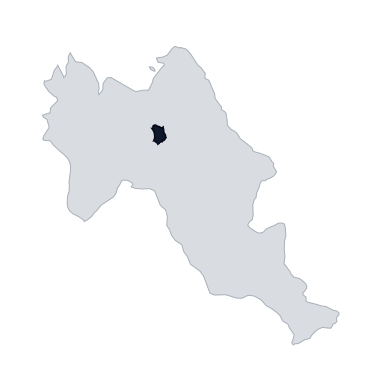 Tokchon City, P'yŏngan-namdo, North Korea (highlighted), rotated 95°
{"feature_id": "82179303B91694454499505", "entity_name": "Tokchon City", "entity_type": "district", "adm_level": 2, "iso_a3": "PRK", "parent_name": "North Korea", "parent_adm1": "P'yŏngan-namdo", "projection": "mercator", "projection_center": [126.309, 39.767], "detail": "fine", "context": "in_parent", "style": "filled", "palette": "ink", "viewbox_px": 384, "rotation_deg": 95, "n_neighbors": 0, "source": "geoboundaries", "source_scale": "gbopen_adm2", "svg_char_len": 4034}
<svg xmlns="http://www.w3.org/2000/svg" viewBox="0 0 384 384"><g transform="rotate(95 192 192)"><path d="M230.8,296.9L229.2,297.8L226.5,302.7L223.9,308.9L221.5,312.2L218.6,314.1L215.6,315.2L209.5,315.6L204.1,315.2L202.3,314.5L194.8,314.9L192.7,315.4L181.9,314.9L176.2,315.4L172.6,316.6L169.0,319.1L165.8,322.8L163.1,326.8L157.4,334.1L153.4,337.7L153.4,342.8L153.3,344.4L152.0,345.4L151.5,345.0L149.2,344.6L140.0,339.9L132.4,342.8L130.5,346.5L128.5,347.7L125.5,340.4L120.6,340.2L112.8,333.8L109.4,335.1L108.6,337.7L104.3,343.5L98.3,348.4L96.4,349.0L94.1,348.7L94.5,347.4L92.0,341.9L82.6,339.7L79.2,337.4L77.4,336.9L86.7,330.8L89.1,329.7L87.3,328.2L85.3,327.5L77.7,328.4L73.7,326.4L68.0,327.1L63.9,325.5L72.3,319.5L72.6,315.9L72.5,313.2L76.8,305.2L81.0,300.8L92.0,294.5L96.8,293.6L100.2,293.9L103.1,293.3L100.1,290.9L97.2,289.8L91.5,290.0L85.6,286.4L85.1,282.5L96.5,258.2L96.7,256.0L94.9,250.0L94.3,244.2L86.1,240.9L82.5,240.5L72.0,233.9L67.8,230.6L66.1,231.6L65.8,236.9L64.3,238.0L61.6,239.0L60.2,233.0L57.9,228.7L50.9,224.3L48.4,221.8L49.6,216.6L49.0,216.1L50.2,210.2L54.4,205.6L64.9,197.4L67.6,193.6L72.9,189.1L75.3,189.2L77.8,188.8L78.5,186.8L79.1,185.2L81.2,183.8L86.4,181.3L92.2,178.0L96.8,177.1L102.5,172.2L104.8,170.0L107.2,170.0L107.8,169.0L109.1,166.4L110.9,164.8L113.5,164.4L117.6,163.2L122.7,162.5L126.3,158.3L127.5,155.3L129.8,152.1L134.7,148.5L138.1,143.2L141.9,137.4L143.7,135.6L145.5,135.2L146.5,133.0L147.7,126.9L149.4,120.9L150.5,118.1L154.8,115.0L155.9,113.5L156.9,113.0L158.9,113.4L161.6,111.6L164.2,109.6L166.5,110.3L168.9,112.0L171.3,115.3L172.4,117.9L174.4,120.1L174.7,123.3L176.7,124.7L180.8,125.4L187.6,127.6L192.0,127.7L194.5,129.4L199.7,130.3L210.2,129.0L214.4,129.7L216.2,131.7L218.9,133.3L220.6,133.4L222.9,130.7L225.4,126.2L227.0,122.8L226.9,120.1L225.5,117.2L222.1,114.5L219.8,110.3L217.6,106.0L216.4,104.6L215.3,102.5L215.1,99.2L215.9,97.0L221.1,95.6L227.8,94.7L233.2,95.6L242.2,95.0L247.8,93.8L251.9,94.0L255.7,94.0L257.4,92.1L262.6,87.6L265.2,86.0L268.0,82.9L268.4,79.8L269.0,77.2L270.6,74.4L273.3,71.0L275.7,69.4L278.3,69.6L281.1,71.2L282.9,72.8L284.8,72.3L286.5,69.6L287.6,69.1L290.7,68.9L291.7,67.2L292.9,59.3L294.2,53.0L294.4,48.7L297.3,41.4L298.1,37.0L299.8,35.0L301.8,35.1L303.4,36.4L305.4,37.2L308.2,36.4L310.1,37.6L311.3,39.9L315.3,41.5L315.7,42.7L315.6,50.6L317.8,54.3L320.8,57.6L324.8,60.7L327.0,61.3L328.3,63.5L329.5,67.2L332.4,70.9L333.9,73.5L334.2,76.2L335.6,77.8L333.3,79.5L330.2,78.5L325.2,77.8L318.7,83.2L315.1,85.1L312.6,90.4L307.5,93.5L304.8,96.8L301.2,102.6L298.8,108.1L293.4,113.8L290.2,120.9L290.0,127.0L293.5,133.2L293.8,138.5L291.4,149.3L292.7,160.8L291.2,165.3L274.6,173.2L270.2,177.1L264.1,187.2L256.7,191.0L252.0,195.1L245.6,197.5L241.5,204.6L237.0,208.6L231.6,211.1L227.6,214.2L218.7,214.4L212.3,216.6L207.8,222.5L194.3,229.2L192.4,234.3L193.3,242.1L193.4,248.1L192.2,253.0L189.3,251.6L187.7,253.2L185.9,257.7L186.4,262.9L191.0,264.6L194.9,266.7L200.2,267.7L204.1,270.1L212.6,281.0L219.4,285.7L221.2,287.5L225.1,289.9L228.8,293.6L230.8,296.9ZM73.7,243.7L71.1,245.4L71.0,242.3L72.9,239.8L75.0,239.5L73.7,243.7Z" fill="#d9dde1" stroke="#a8b0b8" stroke-width="1"/><path d="M129.0,235.8L129.4,236.4L130.0,236.6L130.6,236.6L131.0,236.4L131.6,236.6L132.2,237.3L132.2,237.5L133.5,236.4L134.9,235.5L136.5,234.7L138.0,234.4L139.7,234.0L141.1,234.0L142.4,234.0L143.1,234.4L143.9,234.5L144.2,234.6L144.0,234.2L144.6,233.6L145.2,232.6L145.7,232.0L146.1,231.2L146.7,230.3L147.1,230.1L147.3,230.1L146.6,229.1L146.1,228.8L145.4,228.5L145.1,227.9L144.8,227.2L144.2,226.8L144.5,226.0L143.9,225.8L143.5,225.6L143.2,225.0L143.1,224.4L142.5,224.1L141.9,223.6L141.4,223.3L140.9,223.1L140.1,222.8L139.9,222.6L139.6,222.9L139.3,223.1L137.9,223.3L137.6,223.4L136.7,224.0L136.1,224.5L135.5,225.0L134.9,225.2L134.2,225.4L132.2,225.7L130.7,226.2L130.4,226.3L129.7,226.4L130.1,226.9L130.8,227.5L130.6,228.6L130.2,229.4L129.7,230.2L129.6,231.0L129.7,231.6L129.4,232.3L128.8,233.1L128.7,233.7L128.5,234.3L128.5,235.0L128.8,235.6L129.0,235.8Z" fill="#0f172a" stroke="#020617" stroke-width="1.5"/></g></svg>